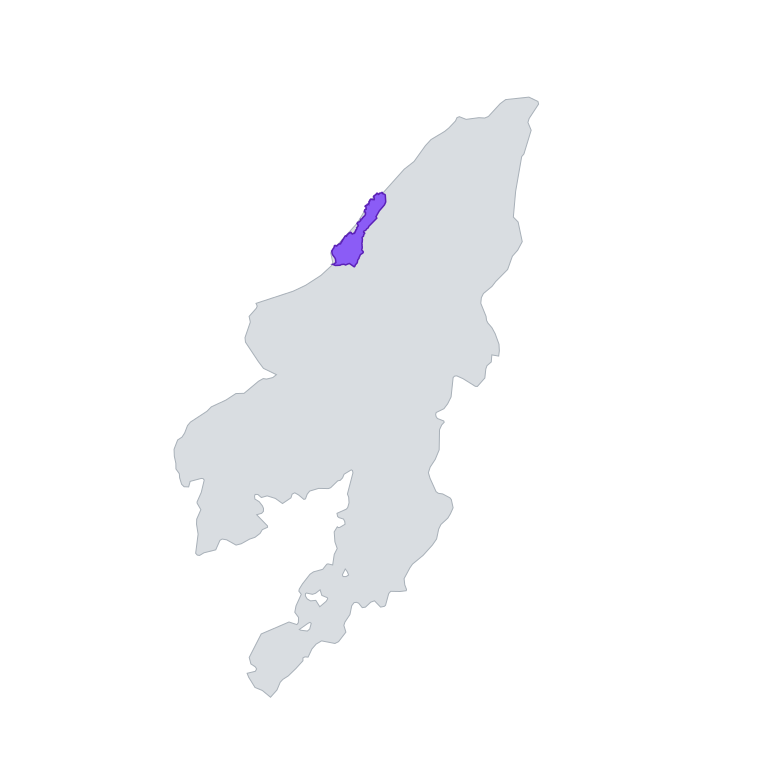 Kemin, Chuy, Kyrgyzstan (highlighted), rotated 310°
{"feature_id": "92254566B21281891478391", "entity_name": "Kemin", "entity_type": "district", "adm_level": 2, "iso_a3": "KGZ", "parent_name": "Kyrgyzstan", "parent_adm1": "Chuy", "projection": "orthographic", "projection_center": [76.498, 42.781], "detail": "fine", "context": "in_parent", "style": "filled", "palette": "violet", "viewbox_px": 768, "rotation_deg": 310, "n_neighbors": 0, "source": "geoboundaries", "source_scale": "gbopen_adm2", "svg_char_len": 8910}
<svg xmlns="http://www.w3.org/2000/svg" viewBox="0 0 768 768"><g transform="rotate(310 384 384)"><path d="M170.6,451.9L172.5,450.9L178.6,450.0L190.7,449.6L194.7,450.7L202.7,456.2L209.1,456.0L210.2,456.7L212.4,461.0L221.5,455.4L227.9,453.9L231.5,447.9L238.7,440.9L244.6,440.0L244.6,441.2L245.7,442.3L251.5,444.3L253.4,442.4L254.5,439.8L252.7,435.4L252.7,433.6L254.7,431.1L264.0,435.6L266.1,435.6L270.5,433.6L274.6,429.7L276.2,426.7L296.0,417.3L297.4,415.5L297.2,414.1L289.2,411.4L285.5,412.6L282.1,412.4L280.1,410.8L270.3,409.8L268.2,408.7L262.0,401.0L254.2,395.9L250.2,396.0L245.5,397.7L244.1,396.8L244.1,389.8L243.3,385.6L240.6,384.4L237.0,385.9L227.2,383.1L226.5,374.3L223.2,366.4L218.2,363.0L218.3,358.4L216.6,356.3L215.0,356.8L212.9,359.0L213.6,364.1L212.5,369.2L211.2,371.7L208.9,373.5L206.3,373.4L202.0,370.5L200.4,386.0L199.4,386.9L194.2,384.4L189.9,385.1L183.6,383.7L178.9,380.8L169.8,377.3L165.5,374.2L163.5,363.6L161.2,359.7L158.8,358.8L148.8,361.7L139.0,354.6L134.1,352.9L132.9,350.9L133.3,348.5L149.5,338.1L156.1,330.5L160.1,327.4L170.0,324.5L172.6,317.4L173.5,316.6L183.5,313.7L194.9,308.0L195.2,306.2L194.2,304.7L184.8,298.1L179.6,300.5L176.8,296.9L177.1,293.4L180.8,287.7L183.7,284.9L185.2,279.2L189.4,275.6L193.9,269.8L199.1,265.1L208.5,261.9L213.5,263.4L218.3,262.8L225.9,260.2L230.4,260.2L249.3,265.9L255.5,266.4L270.0,273.2L281.5,276.7L286.9,282.8L305.5,286.1L310.5,288.0L312.3,290.9L317.5,294.7L322.0,295.6L318.5,281.6L320.4,273.4L327.0,251.0L330.2,247.7L345.5,241.8L349.1,237.2L360.0,237.5L362.2,236.8L363.5,234.1L396.6,254.7L409.2,260.5L426.7,265.9L441.6,267.8L444.2,266.6L450.2,258.9L453.0,258.6L490.0,260.1L516.5,255.9L520.3,256.1L530.2,260.4L561.5,261.4L573.8,264.0L593.3,262.5L601.5,262.9L616.5,268.1L621.7,269.1L631.4,269.7L635.0,268.7L637.2,269.9L639.5,276.8L649.0,285.5L652.5,290.2L656.0,292.0L673.5,292.8L680.1,294.4L696.9,310.6L699.4,320.3L697.8,322.5L680.7,324.5L676.9,326.1L673.0,333.6L650.2,343.3L646.7,343.3L616.2,361.0L595.0,375.8L594.3,382.6L581.9,398.4L572.4,400.4L564.4,400.2L551.2,405.1L534.2,403.7L528.4,404.0L517.2,402.0L512.7,403.1L508.0,406.3L501.4,418.7L498.7,421.6L497.5,424.4L496.5,430.5L494.0,436.8L488.4,446.5L483.6,451.0L479.1,453.9L475.6,447.9L469.8,452.0L464.3,451.1L461.0,452.3L453.4,457.4L442.1,457.1L440.9,455.4L438.9,441.2L437.0,434.5L435.4,433.0L433.4,432.8L417.2,443.7L409.7,445.5L403.6,445.8L395.7,442.3L393.9,443.1L392.5,444.9L391.9,447.1L394.1,453.5L393.4,454.7L389.8,454.5L384.7,455.9L369.0,468.6L359.2,471.7L350.0,472.8L344.6,475.0L341.4,479.8L335.0,493.1L335.2,495.9L337.5,499.6L339.2,507.8L338.7,509.9L333.6,516.5L327.3,518.3L322.3,519.1L313.0,517.9L308.1,519.1L299.1,523.9L291.7,524.6L277.9,524.1L264.4,521.6L259.9,522.0L247.8,524.5L243.5,529.0L241.1,533.3L239.9,533.9L235.3,529.6L229.5,522.4L226.5,522.3L215.5,527.4L213.9,527.2L210.9,524.8L211.8,516.1L208.4,514.1L201.1,513.2L198.7,511.1L199.8,505.5L199.1,503.3L197.3,501.6L193.4,501.8L185.5,506.1L176.5,507.1L173.3,508.4L169.4,514.3L157.4,514.8L153.7,513.2L147.1,501.3L141.1,499.2L134.7,499.1L126.0,501.4L124.1,498.8L122.0,498.0L119.9,499.8L109.4,499.4L98.8,498.3L92.8,496.4L88.8,496.2L80.8,498.7L71.1,498.4L71.0,487.7L68.6,480.3L72.4,468.8L74.4,465.1L81.2,470.1L83.8,469.6L84.6,467.3L84.0,462.0L87.9,456.5L113.6,450.6L140.6,464.2L143.7,471.9L146.1,471.8L150.2,468.7L151.8,462.4L157.5,459.2L169.7,455.8L170.6,451.9ZM183.3,478.9L183.9,477.9L182.1,472.3L185.3,467.3L179.7,466.1L176.9,464.4L174.0,458.9L172.9,458.6L171.1,460.0L170.0,463.3L170.6,467.1L174.4,470.8L172.1,478.0L180.4,479.4L183.3,478.9ZM153.9,482.1L153.8,480.5L151.8,479.6L141.5,476.9L141.8,478.4L145.5,484.1L148.5,484.6L153.9,482.1ZM216.6,476.6L217.4,473.2L211.0,474.8L210.2,476.5L212.2,478.8L214.9,479.7L216.6,476.6Z" fill="#d9dde1" stroke="#a8b0b8" stroke-width="1"/><path d="M454.6,285.8L455.3,286.0L456.6,285.6L456.9,285.5L459.3,285.6L459.7,285.5L460.0,285.4L461.5,284.5L462.4,284.1L463.9,284.1L464.3,284.0L464.8,283.6L465.2,283.5L465.9,283.4L467.0,283.0L467.7,282.8L468.4,282.9L470.4,283.5L471.0,283.6L471.6,283.4L472.1,282.8L472.2,282.0L472.3,281.3L472.5,280.7L472.9,280.4L474.0,280.0L474.9,279.3L475.4,278.8L475.7,278.4L476.3,277.9L476.8,277.5L477.2,276.9L477.7,276.5L478.9,276.0L479.4,275.5L479.9,275.2L480.4,274.9L480.9,274.5L481.4,273.9L481.8,273.4L482.3,273.0L482.7,273.0L483.3,273.1L483.8,273.3L484.2,273.2L484.9,272.8L485.2,272.5L485.7,272.4L486.0,272.4L486.8,272.5L487.2,272.1L487.3,271.8L487.1,271.3L487.1,270.9L487.5,270.5L487.9,270.4L488.5,270.4L489.7,271.1L490.3,271.2L491.7,271.0L492.7,271.3L493.5,271.5L494.2,271.3L494.8,271.0L506.4,271.9L507.1,270.3L513.7,269.1L518.6,269.2L521.6,269.2L522.6,268.9L524.1,268.5L524.8,268.1L529.5,263.6L529.7,263.2L529.7,262.7L529.5,262.0L529.0,260.6L529.5,260.1L529.5,259.8L529.6,259.6L529.5,259.3L529.3,259.3L529.2,259.3L528.9,259.3L528.7,259.1L528.2,258.8L527.9,258.4L527.7,258.3L527.6,258.2L527.3,258.1L527.2,258.1L527.1,257.9L526.6,258.0L526.4,258.1L526.1,258.1L525.9,258.1L525.5,257.7L525.6,257.4L525.8,257.2L525.6,256.6L525.7,256.3L525.8,256.3L525.8,256.2L525.7,256.0L525.6,255.9L524.7,255.9L524.5,256.0L524.3,256.1L524.1,256.2L523.8,256.0L523.7,255.8L523.5,255.7L523.4,255.7L523.0,255.8L522.8,255.8L522.7,255.7L522.4,255.7L521.8,255.3L521.6,255.4L521.4,255.7L520.9,255.6L520.6,255.6L520.6,255.9L520.5,256.5L520.1,256.9L520.1,257.0L519.4,257.8L519.1,257.9L519.1,257.5L519.0,257.4L518.9,257.4L518.6,257.5L518.3,257.3L518.3,256.9L517.9,256.7L517.8,256.2L517.7,256.1L517.5,255.7L517.4,255.2L517.1,255.0L516.9,255.1L516.7,255.0L516.3,255.3L515.8,254.9L515.6,254.9L515.3,255.1L515.1,255.1L514.9,255.3L514.8,255.5L514.4,255.4L514.2,255.4L513.9,255.3L513.7,255.4L513.7,255.6L513.5,256.0L513.0,256.3L512.6,256.5L512.5,256.4L512.4,256.2L512.1,256.0L511.9,256.0L511.7,256.3L511.6,256.5L511.5,256.2L511.4,256.1L511.2,256.0L510.8,255.9L510.6,255.7L510.5,255.8L510.2,256.1L509.9,256.0L509.7,256.0L509.6,255.9L509.4,255.8L509.4,255.7L509.0,255.6L508.9,255.5L508.8,255.4L508.7,255.3L508.7,255.2L508.1,255.2L508.1,255.3L508.0,255.5L507.9,255.6L508.1,256.0L508.0,256.4L507.6,256.8L507.5,257.1L507.3,257.4L507.1,257.5L506.7,257.5L506.3,257.8L506.2,258.0L506.0,257.9L505.6,257.4L505.0,257.3L504.4,257.6L504.0,257.7L503.7,257.8L503.5,258.0L503.3,258.3L503.6,258.7L503.7,258.8L503.5,259.1L503.4,259.2L503.4,259.6L503.3,259.9L503.2,260.0L502.7,260.2L502.3,260.3L502.2,260.6L502.0,260.8L501.9,260.8L501.7,260.9L501.4,260.9L501.2,261.0L500.2,261.1L499.9,261.1L499.8,260.9L499.3,260.8L498.9,260.8L498.5,261.0L498.0,260.7L497.9,260.7L497.7,260.7L497.4,260.9L497.0,260.9L496.7,261.1L496.0,260.7L495.7,260.5L495.3,260.4L495.2,260.3L495.0,260.7L494.7,260.9L494.4,260.9L494.3,261.0L494.2,261.1L493.7,261.1L493.5,260.9L493.4,260.8L493.0,260.9L492.7,260.9L492.3,260.8L492.0,260.7L491.7,260.3L491.3,260.1L491.0,260.0L490.8,259.9L490.7,260.0L490.0,260.1L489.7,260.2L489.8,260.4L489.7,260.5L489.7,260.8L489.7,261.1L489.4,261.3L489.2,261.3L489.1,261.6L488.9,262.0L488.7,262.3L488.8,262.4L488.3,262.7L488.2,262.7L487.6,262.6L487.2,262.7L486.8,262.8L486.6,262.8L486.3,262.6L486.2,262.6L485.9,263.1L485.1,263.5L484.8,263.6L484.5,263.5L484.3,263.6L484.1,263.5L483.7,263.4L483.1,263.8L482.8,263.8L482.5,263.9L482.4,264.1L482.1,264.1L481.8,264.0L481.6,264.2L481.4,264.2L481.3,264.4L481.1,264.4L480.9,264.5L480.5,264.3L480.1,264.3L479.8,263.8L479.8,263.7L479.1,263.6L478.7,263.5L478.6,263.3L478.6,263.1L478.6,262.8L478.5,262.5L478.4,262.4L478.5,262.0L478.8,261.8L478.9,261.6L478.9,261.3L478.8,261.2L478.6,260.7L478.1,260.7L477.8,260.7L477.6,260.4L477.5,260.5L477.2,260.4L476.8,260.3L476.6,260.2L476.3,260.1L476.2,260.1L475.8,260.0L475.5,260.1L475.3,260.1L475.2,260.0L475.1,259.9L474.5,260.0L474.0,259.9L473.8,260.1L473.5,260.1L473.2,260.2L473.0,260.3L472.9,260.2L472.8,259.4L472.7,259.2L472.4,259.2L472.1,259.1L471.7,259.2L471.4,259.3L470.9,259.3L470.6,259.4L470.0,259.5L469.3,259.6L469.1,259.6L468.8,259.7L468.6,259.8L468.4,259.8L468.1,259.6L467.9,259.8L467.6,259.8L467.3,259.7L467.2,259.8L467.0,260.0L466.7,260.1L466.4,260.1L466.2,259.8L465.9,259.8L465.7,259.8L465.6,260.0L465.3,260.3L465.1,260.3L464.8,260.2L464.7,260.2L464.6,260.3L464.3,260.2L464.2,260.4L463.4,260.6L463.2,260.5L463.0,260.3L462.9,260.0L462.8,259.8L462.7,259.8L462.4,259.7L462.2,259.5L461.8,259.4L461.5,259.3L461.2,259.3L460.9,259.2L459.9,259.2L459.4,258.9L459.2,259.0L459.0,258.8L459.2,258.5L459.2,258.1L458.9,257.8L458.7,257.7L458.6,257.4L458.4,257.2L458.1,257.2L457.8,257.2L457.7,257.3L457.2,257.7L456.7,257.7L456.0,258.1L455.4,258.1L455.2,258.0L454.9,258.1L454.7,258.1L454.1,258.2L453.9,258.2L453.7,258.2L453.2,258.4L453.0,258.6L452.8,258.6L452.6,258.5L452.4,258.4L452.1,258.4L451.8,259.1L451.4,259.5L450.9,260.0L450.0,261.4L449.5,263.4L449.2,264.8L448.6,266.4L447.9,267.1L447.6,267.6L447.4,267.7L446.1,269.1L445.8,269.1L444.6,268.6L444.4,268.6L443.8,268.5L443.6,268.5L442.7,267.8L443.5,270.5L446.7,274.0L448.2,274.6L450.0,276.4L450.5,278.1L452.6,279.1L454.1,280.1L454.6,285.8Z" fill="#8b5cf6" stroke="#5b21b6" stroke-width="1.5"/></g></svg>